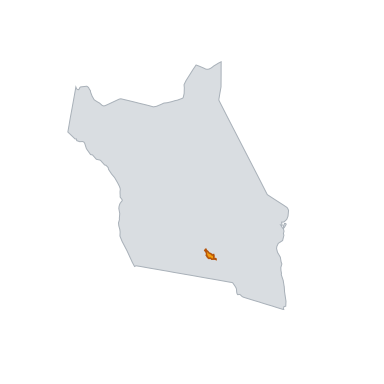 Kilome, Eastern, Kenya (highlighted), rotated 333°
{"feature_id": "3690345B81435991527602", "entity_name": "Kilome", "entity_type": "district", "adm_level": 2, "iso_a3": "KEN", "parent_name": "Kenya", "parent_adm1": "Eastern", "projection": "equal_earth", "projection_center": [37.318, -1.832], "detail": "fine", "context": "in_parent", "style": "filled", "palette": "amber", "viewbox_px": 384, "rotation_deg": 333, "n_neighbors": 0, "source": "geoboundaries", "source_scale": "gbopen_adm2", "svg_char_len": 4514}
<svg xmlns="http://www.w3.org/2000/svg" viewBox="0 0 384 384"><g transform="rotate(333 192 192)"><path d="M107.0,232.3L106.9,227.4L107.4,214.9L107.3,204.0L107.8,198.5L109.8,195.0L110.7,192.5L111.4,189.0L112.5,186.1L114.8,183.7L115.3,182.5L117.8,178.5L119.3,173.5L120.4,171.8L121.9,170.2L122.9,169.4L124.5,168.6L125.8,168.1L126.1,167.7L126.2,166.9L125.7,163.8L126.3,162.8L127.2,160.7L128.2,158.7L129.1,157.5L129.6,156.2L129.9,154.0L129.9,152.5L129.9,150.0L129.6,144.2L128.5,139.4L127.9,134.0L128.4,132.2L127.5,129.1L127.1,128.9L126.4,128.2L125.6,125.2L124.9,122.5L124.5,121.8L121.6,119.4L120.2,113.8L118.6,112.6L117.8,107.0L117.6,105.4L118.5,99.9L118.4,98.6L117.5,97.4L114.8,96.2L112.6,93.9L112.9,93.1L113.1,92.3L111.9,91.7L108.6,82.2L112.9,76.5L117.2,70.7L122.8,63.4L127.9,56.7L132.3,50.9L136.2,45.7L136.1,46.7L136.1,48.0L136.6,48.8L137.4,49.4L138.5,48.8L139.5,48.0L140.4,47.8L146.3,50.0L147.3,51.9L147.2,53.9L147.5,55.4L147.0,56.8L146.5,61.3L146.7,65.4L148.4,68.4L150.0,70.8L151.3,74.1L152.2,75.1L153.5,75.6L157.5,75.8L163.5,76.0L169.3,76.2L169.8,76.3L171.0,76.7L176.3,81.2L181.2,85.4L185.3,89.0L189.3,92.4L193.2,95.8L196.2,98.6L199.1,99.5L204.0,99.9L207.3,100.0L210.4,101.2L215.0,102.3L218.4,102.9L220.5,103.5L226.2,104.2L227.1,103.8L229.7,100.7L232.5,95.6L233.6,92.8L237.3,90.0L243.7,86.2L248.2,83.5L253.3,80.7L255.5,83.1L258.7,86.9L260.1,88.8L261.3,89.6L263.0,90.2L265.1,90.2L266.2,90.1L268.5,89.6L274.0,89.2L277.1,89.2L274.5,94.2L271.4,100.3L265.6,111.5L261.2,117.3L257.9,121.8L257.6,122.6L257.6,127.5L257.6,139.6L257.7,163.9L257.8,188.1L257.9,212.3L257.9,224.4L257.9,228.5L260.8,233.6L263.7,238.6L267.5,245.1L269.5,248.7L269.8,249.8L269.7,252.2L266.6,257.1L264.0,259.4L260.6,260.4L259.6,260.2L258.2,259.5L257.7,260.7L257.3,262.6L256.6,262.2L256.0,261.6L256.3,264.9L256.7,266.5L256.2,268.7L254.5,270.6L254.3,272.2L250.7,276.4L245.6,276.9L242.9,279.0L241.7,280.7L240.8,284.5L241.1,290.2L239.7,294.7L239.4,296.9L236.8,299.7L235.6,302.4L234.8,305.1L234.0,306.2L233.1,312.2L231.9,315.9L231.5,317.1L231.2,318.2L230.3,320.3L229.7,321.8L229.2,322.8L226.1,332.1L223.7,336.3L221.8,335.9L220.5,337.5L220.4,338.3L219.7,337.8L218.1,336.3L214.8,333.1L211.6,329.9L208.3,326.8L205.0,323.6L201.8,320.4L198.5,317.3L195.2,314.1L191.9,310.9L190.0,309.0L189.2,307.9L188.5,305.8L188.2,305.2L187.3,304.5L186.3,304.4L186.0,304.0L186.0,302.9L186.4,301.4L187.6,298.5L187.7,296.7L187.5,294.8L187.1,291.7L186.8,291.0L184.6,289.4L180.0,285.9L175.5,282.5L171.0,279.1L166.4,275.7L161.9,272.3L157.3,268.8L152.8,265.4L148.2,262.0L143.7,258.6L139.1,255.2L134.6,251.7L130.0,248.3L125.5,244.9L120.9,241.5L116.4,238.1L111.8,234.6L110.1,233.4L108.6,232.3L107.0,232.3ZM258.2,265.5L257.4,265.8L257.8,264.1L260.2,262.0L261.1,262.5L261.3,263.0L261.3,263.4L260.9,263.8L258.2,265.5Z" fill="#d9dde1" stroke="#a8b0b8" stroke-width="1"/><path d="M179.2,252.8L179.2,252.3L179.0,252.0L178.7,251.8L178.8,251.4L178.5,250.8L178.5,250.7L178.4,250.5L178.4,250.4L178.4,250.2L178.4,249.9L178.4,249.6L178.4,249.2L178.1,249.2L177.9,249.2L177.5,249.5L176.8,249.9L177.1,250.9L177.1,251.0L177.2,252.3L177.2,252.9L177.0,253.3L176.8,253.9L176.6,254.1L176.4,254.4L176.4,254.5L176.4,254.8L176.3,255.0L176.2,255.0L176.3,255.2L176.3,255.3L176.2,255.3L176.1,255.5L176.1,255.8L176.1,256.0L176.1,256.3L176.3,256.4L176.3,256.5L176.4,256.8L176.5,256.8L176.5,257.0L176.5,257.3L176.4,257.3L176.5,257.5L176.4,257.6L176.4,257.8L176.4,258.0L176.5,258.1L176.6,258.3L176.7,258.5L176.8,258.7L176.9,258.8L177.0,259.0L177.3,259.0L177.5,259.0L177.8,259.0L178.0,259.1L178.2,259.3L178.3,259.3L178.3,259.5L178.5,259.7L178.6,259.8L178.6,259.7L178.7,259.8L178.9,260.2L178.9,260.3L179.0,260.7L179.0,260.8L179.3,260.9L179.4,261.0L179.5,261.0L179.9,261.2L180.7,261.3L180.8,261.3L180.8,261.6L181.1,261.6L182.7,263.0L182.8,263.1L183.0,262.5L183.0,262.4L183.0,262.2L182.9,262.1L182.7,262.1L182.6,261.9L182.4,261.8L182.2,261.9L182.2,262.0L182.2,261.9L182.1,261.7L182.0,261.4L181.9,261.3L181.7,261.3L181.6,261.2L181.4,261.0L181.4,260.9L181.5,260.8L181.6,260.7L181.7,260.4L181.7,260.2L181.8,260.0L181.8,259.9L181.9,259.7L182.0,259.6L182.0,259.4L182.2,259.2L182.3,259.2L182.3,258.8L182.5,258.8L182.5,258.7L182.5,258.4L182.7,258.2L182.8,258.2L182.9,257.6L182.6,257.6L182.4,257.7L182.2,257.7L181.9,257.6L181.7,257.5L181.7,257.4L181.6,257.2L181.4,257.1L181.2,257.0L181.2,256.9L181.2,256.7L181.1,256.4L181.2,256.2L180.9,255.9L180.8,255.7L180.7,255.6L180.6,255.4L180.5,255.2L180.4,255.1L180.2,254.9L180.1,254.7L179.8,254.6L179.5,254.0L179.2,252.8Z" fill="#f59e0b" stroke="#b45309" stroke-width="1.5"/></g></svg>